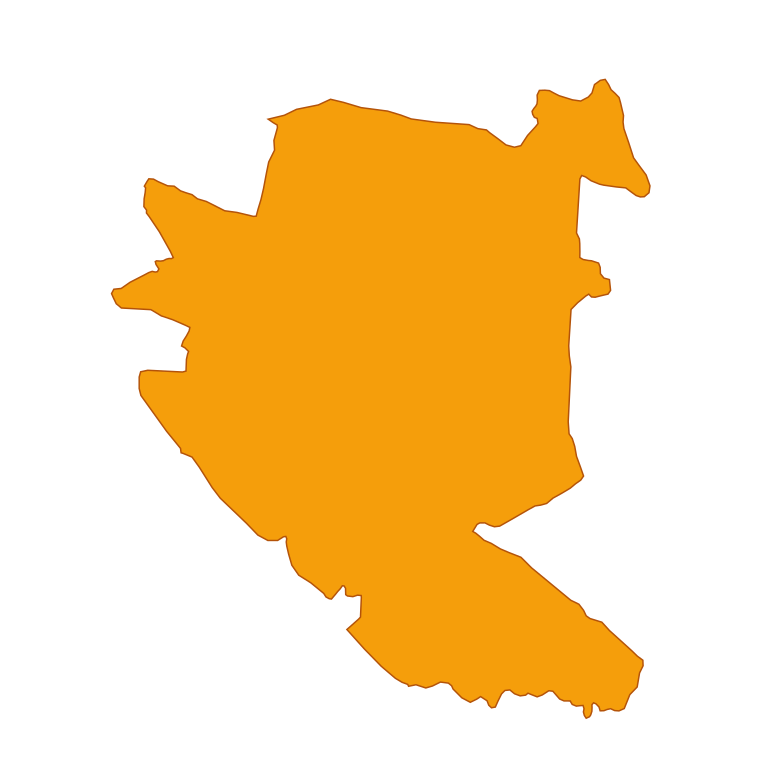 Sauce, Canelones, Uruguay (Natural Earth projection), rotated 94°
{"feature_id": "84410073B43433365311667", "entity_name": "Sauce", "entity_type": "district", "adm_level": 2, "iso_a3": "URY", "parent_name": "Uruguay", "parent_adm1": "Canelones", "projection": "natural_earth1", "projection_center": [-56.056, -34.624], "detail": "fine", "context": "isolated", "style": "filled", "palette": "amber", "viewbox_px": 768, "rotation_deg": 94, "n_neighbors": 0, "source": "geoboundaries", "source_scale": "gbopen_adm2", "svg_char_len": 4047}
<svg xmlns="http://www.w3.org/2000/svg" viewBox="0 0 768 768"><g transform="rotate(94 384 384)"><path d="M683.8,338.4L681.8,331.1L684.3,321.1L681.9,314.6L677.4,306.9L677.9,298.9L680.3,295.5L683.5,293.8L691.6,284.5L695.5,275.7L691.9,269.5L689.1,265.8L692.8,259.1L697.1,257.1L699.5,254.2L698.5,250.4L692.4,248.2L684.9,245.1L681.3,242.0L680.4,237.1L683.9,232.2L685.6,226.4L684.5,221.0L682.4,218.8L683.8,214.5L685.4,209.4L683.2,204.5L678.5,198.2L678.7,194.1L686.0,186.8L687.6,182.3L687.2,176.2L690.5,173.9L691.9,169.7L691.2,165.9L690.8,163.0L694.0,161.8L697.2,162.2L700.7,161.0L703.3,159.0L701.6,155.8L699.7,154.7L696.0,153.8L692.3,153.9L689.4,154.2L687.4,152.7L688.3,150.2L691.2,147.0L694.9,145.6L694.6,141.9L693.1,138.7L692.1,135.3L693.7,131.1L693.7,126.8L691.0,121.7L676.7,117.1L668.6,110.3L654.4,108.9L647.0,105.9L641.5,106.5L637.9,112.2L632.9,118.1L614.3,141.8L606.4,150.1L604.9,156.5L603.6,162.1L601.2,166.1L595.9,169.1L590.1,174.2L586.7,182.6L557.1,224.0L547.3,235.3L543.4,247.7L540.4,256.4L535.5,265.9L532.9,273.3L529.2,278.1L526.4,282.1L524.9,285.2L517.6,281.4L515.9,278.8L515.5,273.6L517.4,269.1L518.7,263.9L517.7,258.7L512.0,250.1L499.3,231.3L495.1,224.8L493.9,219.3L491.8,213.4L486.0,207.4L480.4,198.8L474.9,190.9L470.2,186.0L466.1,181.0L461.9,178.5L453.0,182.3L442.8,186.9L432.9,189.4L425.3,192.4L420.8,195.9L408.8,197.6L380.9,198.2L353.9,198.8L343.1,201.1L333.1,202.4L296.6,202.6L289.4,196.5L282.2,188.9L280.1,186.0L282.7,183.1L282.7,179.4L281.1,174.6L280.0,171.1L278.7,166.8L274.8,164.5L264.1,166.4L263.0,172.0L258.9,175.8L252.5,176.5L248.4,178.4L246.6,185.6L246.5,188.9L245.9,194.1L244.2,197.5L238.6,197.8L230.3,198.5L225.7,199.2L219.9,202.5L165.8,202.9L162.2,201.3L163.4,197.3L166.8,191.6L169.6,183.0L170.3,178.8L171.2,166.1L171.5,156.5L175.5,150.3L178.4,145.6L179.5,141.4L179.0,137.4L174.7,133.0L167.8,132.5L157.2,137.1L148.2,144.8L141.0,150.8L126.3,156.7L112.5,162.5L106.0,163.8L99.5,163.8L86.8,167.7L81.8,169.5L78.0,173.7L74.6,178.0L69.7,180.8L64.7,184.6L66.0,189.4L70.6,194.9L79.1,196.8L83.5,200.2L88.0,207.5L87.4,215.8L84.2,229.4L82.1,234.4L79.8,239.4L79.7,244.0L80.3,249.5L85.1,251.4L90.1,250.8L93.8,250.9L96.3,252.0L98.5,253.6L101.6,255.3L104.6,254.5L107.5,252.6L108.4,249.7L113.4,248.5L116.8,250.8L121.2,254.3L126.0,258.1L136.7,264.1L138.7,270.4L137.0,279.0L131.5,287.3L125.9,296.2L123.4,299.5L122.7,308.2L119.3,317.2L119.3,350.9L117.7,375.3L114.6,385.9L111.5,399.5L109.9,426.1L105.9,444.0L103.7,457.2L110.2,469.0L116.1,490.4L122.9,502.2L127.9,518.0L131.1,512.6L133.1,508.6L135.8,508.2L148.7,510.8L158.4,509.5L170.6,514.5L181.9,516.0L197.4,517.8L208.6,519.6L218.3,521.8L225.5,523.2L225.9,526.0L223.1,542.7L222.3,555.0L214.3,574.0L212.3,583.0L208.5,588.7L207.0,595.1L205.5,600.5L201.3,607.1L201.4,613.7L197.9,623.4L195.7,628.2L195.7,632.9L198.3,634.4L203.4,636.9L204.9,635.5L209.6,635.6L215.9,636.2L223.8,635.9L227.1,633.0L230.0,632.9L233.4,629.9L247.8,618.7L266.4,606.5L272.6,603.0L273.7,604.7L273.8,607.2L274.7,609.9L276.4,612.7L277.0,615.6L277.0,619.5L277.8,620.7L280.6,619.8L284.9,616.6L287.7,617.8L288.3,620.0L287.8,623.1L289.3,626.5L292.0,630.8L300.3,644.5L307.0,652.8L308.3,660.1L312.8,662.1L317.0,659.9L322.6,656.7L326.5,651.3L326.1,621.7L331.6,610.9L334.6,599.3L339.0,586.9L341.1,581.6L344.7,582.1L350.0,584.5L355.1,587.3L360.2,588.6L361.8,585.1L365.2,581.2L367.8,582.0L373.2,582.8L384.9,582.4L386.1,585.9L386.8,620.7L388.8,627.6L394.1,628.7L405.6,627.9L412.4,625.7L446.4,597.5L462.4,582.5L466.8,581.6L467.2,579.7L470.3,570.4L479.8,562.5L499.4,548.1L509.4,539.3L532.5,511.5L543.5,499.3L548.2,488.9L547.5,479.2L545.6,476.6L543.4,473.6L542.9,471.3L545.2,470.2L548.4,470.5L552.4,469.7L560.3,467.3L571.2,463.3L580.7,455.7L587.4,443.2L597.1,429.5L600.5,427.0L602.0,423.7L602.2,421.4L599.3,419.3L597.0,417.6L594.2,415.7L591.5,413.5L588.2,411.5L588.2,409.8L590.5,408.1L592.9,407.9L596.8,407.5L598.0,405.7L598.3,400.2L596.5,395.7L596.6,392.0L598.5,391.7L618.2,391.2L620.4,393.0L631.5,403.9L649.7,385.1L665.9,366.9L676.8,352.1L680.3,345.2L682.0,339.4L683.8,338.4Z" fill="#f59e0b" stroke="#b45309" stroke-width="1.5"/></g></svg>